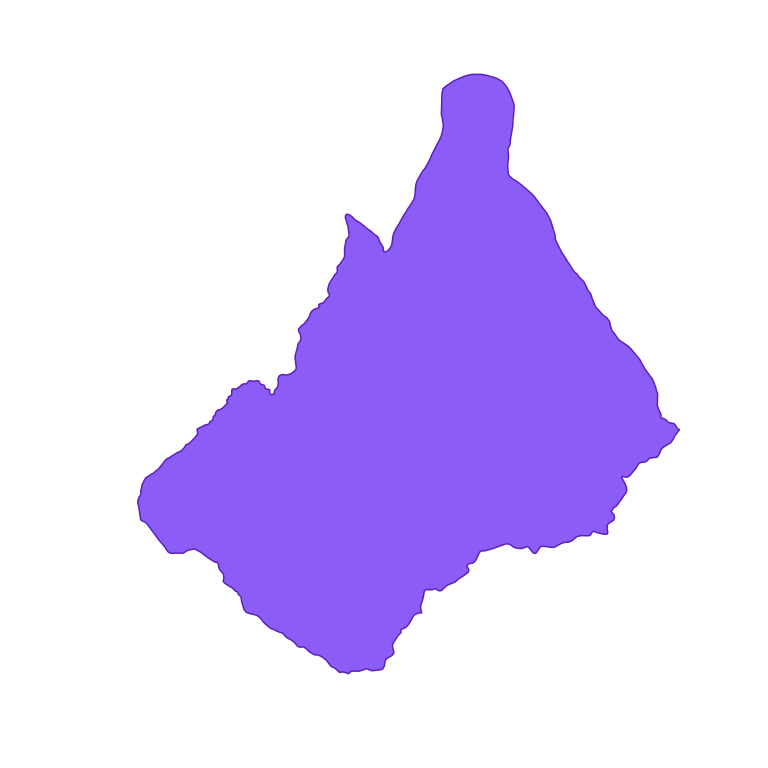 the district of Chinavita, Boyacá, Colombia, rotated 254°
{"feature_id": "7082276B18189760139189", "entity_name": "Chinavita", "entity_type": "district", "adm_level": 2, "iso_a3": "COL", "parent_name": "Colombia", "parent_adm1": "Boyacá", "projection": "mercator", "projection_center": [-73.337, 5.21], "detail": "fine", "context": "isolated", "style": "filled", "palette": "violet", "viewbox_px": 768, "rotation_deg": 254, "n_neighbors": 0, "source": "geoboundaries", "source_scale": "gbopen_adm2", "svg_char_len": 6171}
<svg xmlns="http://www.w3.org/2000/svg" viewBox="0 0 768 768"><g transform="rotate(254 384 384)"><path d="M615.7,585.9L618.3,586.0L629.1,585.3L635.4,584.0L638.6,582.7L642.4,580.8L646.7,576.7L649.3,572.9L653.2,566.4L654.8,562.9L657.0,555.4L657.5,552.7L657.7,548.9L657.5,544.1L656.2,534.8L653.6,526.6L651.7,522.2L647.2,519.8L627.3,513.4L623.5,513.3L615.9,512.2L610.5,509.8L605.5,506.6L591.2,493.1L586.8,489.7L579.3,482.1L578.8,480.9L574.9,476.4L569.6,471.4L567.4,469.9L564.2,468.4L557.2,465.9L553.4,463.8L547.9,457.8L546.3,455.6L542.6,451.7L540.9,449.6L533.9,442.7L530.7,439.0L526.4,435.0L524.3,433.6L519.5,431.6L515.6,429.7L514.0,428.4L511.8,425.7L510.6,423.2L510.8,421.4L511.4,420.6L512.3,420.2L515.6,420.8L522.5,419.1L525.9,418.9L528.1,418.1L530.5,415.9L534.0,413.8L537.9,410.7L545.3,405.6L549.9,401.3L553.4,399.5L555.8,397.8L557.6,394.9L556.2,393.2L554.4,392.7L545.1,392.8L536.5,391.5L535.2,390.5L532.9,387.3L532.0,386.8L524.6,383.2L519.4,381.9L517.1,381.0L515.2,379.3L513.0,376.7L511.6,374.9L509.9,371.8L508.9,371.0L505.7,370.4L504.1,369.6L502.4,366.5L500.5,364.7L497.8,361.4L495.2,358.8L492.3,357.0L490.4,356.1L487.3,355.5L485.8,356.3L485.2,356.3L483.3,355.2L481.5,351.6L478.9,348.4L478.6,343.7L477.7,342.9L477.3,342.9L476.6,343.6L475.7,342.7L475.3,341.8L475.1,337.3L474.0,334.8L472.4,332.9L469.2,330.7L466.3,327.3L464.1,324.2L462.5,320.4L460.6,317.3L459.4,316.6L457.4,316.7L455.2,317.3L450.8,316.8L448.5,315.4L446.9,313.1L446.1,312.3L443.4,311.1L435.5,306.3L433.1,305.6L423.4,304.1L421.8,302.8L421.0,301.4L419.3,296.3L419.6,292.0L420.7,290.3L421.0,288.9L421.0,286.3L420.4,285.2L418.5,283.6L413.7,282.5L411.3,281.4L410.5,280.9L408.3,277.5L407.2,276.6L404.5,275.5L404.9,272.6L405.8,271.8L407.3,271.7L409.6,272.5L410.2,272.5L411.6,269.4L412.6,268.7L415.3,268.6L415.9,268.3L418.0,265.2L418.7,264.9L420.4,264.9L421.4,264.4L422.1,263.2L422.6,259.1L424.3,255.6L424.0,254.3L422.3,252.3L422.2,251.2L422.8,249.3L422.6,247.1L421.6,245.5L420.1,241.2L420.1,239.3L421.0,237.7L420.9,236.6L419.6,235.8L416.8,235.1L415.4,234.1L414.9,233.5L414.5,230.9L412.1,229.8L412.4,229.1L412.0,228.5L411.0,228.2L408.7,228.2L405.4,222.2L404.5,219.1L404.8,217.0L404.2,215.9L403.1,214.5L400.2,212.7L400.0,212.3L400.2,211.5L400.0,211.1L397.0,209.6L396.4,208.9L395.7,206.3L393.9,204.8L393.7,204.0L393.9,201.0L392.4,192.5L391.6,191.7L387.5,191.2L384.7,187.8L380.6,180.2L380.2,176.8L378.0,174.7L375.6,170.5L374.9,165.8L372.8,158.6L372.2,157.2L372.2,155.4L371.2,153.2L364.4,143.7L363.3,140.6L361.6,137.3L361.5,135.5L360.1,131.8L359.9,130.2L359.6,129.4L358.0,127.5L353.4,123.4L351.2,122.5L347.9,120.5L347.2,120.5L344.7,119.7L342.9,117.5L339.9,115.3L337.2,114.5L333.7,114.4L320.7,112.7L318.5,114.2L317.5,115.8L314.7,117.7L295.2,125.0L287.4,128.6L284.8,129.1L282.3,130.1L280.6,131.5L279.8,133.4L278.2,139.7L276.9,143.2L276.8,144.5L278.1,149.0L278.1,152.5L277.8,154.9L277.3,156.9L272.8,161.5L265.1,167.2L259.6,172.2L259.1,172.8L258.8,174.1L258.3,174.6L256.8,175.0L252.2,174.6L249.9,175.2L247.4,176.5L245.1,177.2L241.8,176.6L238.8,175.1L237.1,175.6L234.8,177.3L228.8,182.7L225.8,184.1L224.5,186.0L222.5,185.8L219.2,187.6L218.2,187.8L214.0,187.2L206.1,187.3L203.2,188.2L201.2,190.2L197.2,197.2L195.8,198.7L193.9,200.2L188.3,202.5L184.5,204.7L182.0,206.5L179.7,208.3L178.1,210.8L175.6,213.2L172.2,218.2L168.7,219.6L166.7,220.9L162.9,224.8L160.8,226.4L155.8,228.6L155.0,229.3L154.0,231.2L153.5,234.2L151.5,235.8L146.8,238.8L143.7,241.5L142.4,243.4L141.6,246.1L138.7,249.3L134.4,252.4L129.0,254.5L126.7,255.7L124.4,258.5L119.1,261.7L118.7,264.4L117.9,266.4L115.5,269.8L115.4,270.4L116.2,271.5L116.9,273.7L114.8,281.3L115.0,286.3L115.2,287.6L114.7,289.4L111.7,293.2L110.3,301.5L110.3,304.0L113.0,306.8L116.5,308.2L118.7,309.9L119.7,312.1L120.6,316.1L121.9,318.7L123.1,319.4L124.3,319.6L129.6,319.8L132.0,321.0L137.7,327.5L140.3,331.6L143.4,332.9L143.7,336.7L144.1,337.9L145.5,340.5L148.1,343.5L153.3,348.9L153.9,350.4L154.3,353.5L153.7,357.1L157.7,357.4L161.1,358.3L166.0,361.7L170.8,364.3L173.7,365.5L174.4,366.9L174.6,368.5L173.1,372.8L172.9,374.9L173.2,376.5L172.9,377.1L171.2,378.6L169.8,380.4L169.6,382.2L173.0,388.8L174.2,398.2L176.2,402.0L177.3,406.3L179.5,412.3L180.6,413.8L181.7,414.2L183.7,414.1L185.8,413.5L187.1,414.3L187.8,415.5L187.5,419.9L187.6,420.9L188.4,422.5L190.1,424.5L194.4,428.0L196.3,430.1L196.6,431.0L196.6,431.9L196.1,433.5L195.8,435.9L195.8,442.7L196.7,456.4L196.3,458.7L195.1,460.9L191.7,463.5L190.7,464.5L188.9,467.9L187.8,471.4L188.3,476.5L187.8,477.6L186.6,478.3L181.4,480.4L180.2,481.2L179.6,482.0L179.5,483.0L179.9,484.0L183.7,488.5L184.4,489.8L184.6,491.1L180.7,500.4L180.3,501.6L180.2,503.2L181.9,510.6L182.0,513.6L181.2,517.7L181.4,520.6L181.8,522.1L183.9,526.7L184.2,528.1L183.9,531.6L181.7,539.1L181.7,540.1L182.2,541.1L184.0,543.0L184.6,544.1L184.6,545.3L182.5,547.7L180.2,551.6L178.9,554.2L178.3,556.6L178.5,557.5L179.7,558.2L182.9,558.5L186.6,559.7L188.1,561.4L189.7,567.1L192.0,568.8L194.9,569.0L198.1,567.6L199.3,567.3L200.5,569.4L201.4,569.9L201.9,570.7L202.2,572.8L204.3,576.0L212.7,586.4L214.3,587.8L217.1,588.5L219.2,588.5L223.9,587.8L228.5,586.7L229.0,586.9L229.3,587.7L227.4,592.2L228.2,595.1L233.9,603.3L237.4,607.1L237.6,608.1L237.8,609.8L237.2,612.8L237.2,614.9L239.5,618.7L238.4,626.4L240.1,628.6L245.0,632.7L246.4,635.6L248.5,643.1L249.3,644.5L252.0,647.6L254.4,649.6L258.1,654.8L258.8,655.3L259.7,654.0L263.7,652.9L265.9,652.0L268.2,647.5L268.9,646.7L272.1,645.0L273.4,643.6L275.0,641.3L276.0,640.9L277.8,641.8L278.8,641.9L284.2,641.0L287.9,640.8L299.5,644.4L300.5,644.1L306.8,644.2L314.6,643.4L326.2,639.1L337.3,636.5L349.8,631.0L353.2,629.0L361.0,622.5L362.8,621.4L368.6,619.6L371.8,618.0L376.9,617.6L381.8,618.1L385.7,616.7L387.7,615.4L389.7,613.6L397.6,609.8L399.5,608.7L408.5,607.7L414.1,607.5L417.3,606.0L426.8,604.5L433.5,600.8L436.8,599.8L438.5,598.3L442.1,596.9L462.3,591.0L466.7,590.1L472.7,589.0L476.9,588.6L477.4,588.7L477.8,589.1L481.5,589.5L495.6,589.2L503.4,587.6L515.1,582.9L522.4,580.3L526.5,578.2L536.3,571.8L542.2,567.5L545.7,564.1L549.1,562.1L550.6,561.5L552.5,561.5L560.5,563.3L568.2,566.4L575.7,567.8L579.2,571.0L585.2,573.4L596.8,579.0L603.7,581.2L605.7,582.3L615.7,585.9Z" fill="#8b5cf6" stroke="#5b21b6" stroke-width="1.5"/></g></svg>